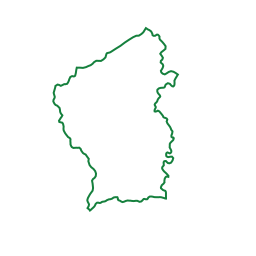 the district of Baranovichy, Brest, Belarus, rotated 322°
{"feature_id": "67162791B97838850570601", "entity_name": "Baranovichy", "entity_type": "district", "adm_level": 2, "iso_a3": "BLR", "parent_name": "Belarus", "parent_adm1": "Brest", "projection": "orthographic", "projection_center": [25.916, 53.118], "detail": "fine", "context": "isolated", "style": "outline", "palette": "green", "viewbox_px": 256, "rotation_deg": 322, "n_neighbors": 0, "source": "geoboundaries", "source_scale": "gbopen_adm2", "svg_char_len": 4388}
<svg xmlns="http://www.w3.org/2000/svg" viewBox="0 0 256 256"><g transform="rotate(322 128 128)"><path d="M134.2,54.6L132.4,54.2L129.5,52.9L127.3,50.9L124.8,48.9L123.0,50.4L120.7,52.6L119.3,53.7L118.5,54.3L117.1,54.1L115.9,52.7L114.0,52.3L111.8,53.4L110.5,54.3L109.0,55.1L107.3,55.7L105.5,54.9L104.8,54.2L102.8,53.8L101.0,53.4L100.2,51.6L99.2,50.4L96.7,50.2L95.5,51.3L94.0,52.4L91.1,54.5L90.7,55.3L89.5,58.3L88.8,59.0L86.6,60.0L85.5,61.1L85.0,63.5L85.1,65.2L86.0,66.9L86.2,68.4L86.4,70.1L85.5,71.9L84.5,73.5L84.2,74.4L84.0,75.8L84.1,77.6L82.6,78.3L81.1,78.7L78.1,79.8L77.6,81.0L79.5,83.4L79.3,84.9L78.2,87.2L76.6,89.0L75.8,90.4L75.3,93.1L75.2,94.8L75.2,95.3L75.2,98.2L75.9,100.0L75.8,101.4L74.6,102.7L73.9,103.8L72.5,105.7L72.0,107.7L72.0,108.5L72.7,110.1L75.1,111.7L76.1,112.6L77.5,113.5L77.8,115.4L77.3,116.8L77.2,118.0L77.1,120.0L77.6,121.5L78.3,122.8L78.1,126.3L78.1,128.1L76.3,129.8L74.9,133.6L74.9,136.2L75.6,139.1L75.6,141.8L74.7,144.3L72.9,146.1L71.0,146.7L68.9,146.7L67.2,147.4L66.0,149.8L64.7,151.9L63.5,153.8L61.5,155.6L57.9,156.6L56.3,157.2L53.3,158.5L51.5,159.8L50.9,161.2L50.6,162.8L50.3,164.2L48.8,165.4L46.8,166.2L47.3,168.6L47.2,169.6L48.4,169.6L50.2,169.4L50.8,169.4L52.8,169.2L53.6,169.0L54.7,168.5L55.8,167.9L57.6,167.8L58.5,168.4L59.2,169.4L60.3,170.1L61.9,170.2L62.9,170.6L63.8,171.2L65.2,171.8L67.0,171.9L69.1,172.5L70.3,173.3L72.1,173.9L73.8,173.9L75.2,174.6L75.9,175.1L77.0,176.0L76.7,177.2L76.1,178.0L76.0,179.0L76.6,179.8L77.1,180.9L77.5,182.1L78.2,183.1L79.7,183.7L81.3,184.1L83.1,184.9L84.0,185.8L85.1,186.7L86.1,187.8L87.5,189.1L89.2,190.1L90.4,191.0L91.0,192.0L91.6,193.2L93.1,194.0L94.3,194.0L95.3,193.8L96.6,193.6L97.3,194.0L98.1,195.1L99.2,195.9L100.2,195.8L101.1,195.3L102.9,195.4L104.4,196.5L105.3,197.5L106.2,198.7L107.4,199.7L109.1,201.1L110.6,202.1L111.7,203.2L112.2,203.9L113.3,205.4L114.0,206.6L114.5,207.0L116.7,204.1L117.9,202.6L118.5,201.6L118.7,200.5L117.9,199.3L117.4,198.4L116.9,195.8L117.5,194.9L118.3,194.5L119.3,193.9L120.6,193.8L121.5,193.8L123.3,193.3L123.9,192.3L124.7,191.5L125.8,190.5L127.4,189.9L128.2,189.9L129.0,190.4L129.7,191.3L130.4,190.6L130.4,189.9L130.3,188.0L130.2,187.3L130.0,185.9L129.8,185.1L129.7,183.8L129.7,182.9L129.8,181.9L129.9,181.1L130.5,180.3L130.9,180.0L131.5,179.8L132.6,179.6L133.3,179.4L133.8,178.6L135.0,176.9L136.2,176.5L137.5,177.3L137.6,178.5L137.9,180.2L138.9,181.3L140.5,181.8L141.6,181.5L143.1,181.0L145.1,179.6L145.0,177.6L143.7,176.7L142.9,176.3L142.1,175.9L141.5,175.4L140.9,174.2L140.9,173.8L141.4,172.8L141.9,172.2L142.5,171.6L143.2,171.4L144.0,171.5L144.6,172.5L144.8,172.8L145.1,173.5L145.5,173.8L146.2,173.9L147.0,173.7L147.5,173.4L148.2,172.4L148.5,171.0L148.7,169.9L148.9,168.9L149.9,167.8L151.1,166.3L152.2,165.8L154.5,165.5L155.8,165.4L156.7,165.1L157.1,164.6L157.8,164.2L157.8,163.4L157.2,163.0L156.8,161.7L157.7,160.5L159.0,159.8L159.9,159.1L161.0,158.0L161.0,157.0L161.0,155.9L161.4,154.9L161.8,153.1L161.9,150.8L161.9,148.7L162.5,146.6L163.4,146.1L164.2,145.5L164.3,144.4L163.7,143.1L163.0,142.3L162.6,141.2L163.0,139.8L163.0,137.2L162.9,134.2L162.2,132.7L160.9,132.5L159.6,131.9L159.2,131.3L159.8,130.4L160.9,129.7L161.9,129.3L162.8,128.6L163.0,127.6L163.1,126.7L163.5,125.9L164.6,125.4L166.2,125.3L167.5,124.9L169.0,123.9L170.6,123.4L172.1,123.3L172.9,122.9L173.2,121.9L173.1,120.3L173.1,118.8L173.4,117.7L173.8,116.9L174.8,115.9L176.7,115.8L178.3,116.4L179.1,116.9L180.2,117.7L180.8,118.1L181.7,118.4L182.4,118.2L183.8,117.3L184.5,117.0L186.9,117.2L187.5,117.9L188.2,119.1L188.2,120.1L188.3,121.2L188.6,122.4L189.2,123.1L190.0,123.1L190.8,122.8L191.7,122.0L192.9,120.5L193.7,119.3L195.7,118.3L198.6,117.2L200.2,116.6L199.4,114.0L198.5,111.7L196.9,109.7L194.6,108.9L191.9,108.7L190.0,108.4L188.8,106.6L188.5,104.7L189.1,103.2L191.6,102.3L192.6,101.8L194.0,100.8L194.6,99.3L194.1,96.5L195.3,95.3L197.1,95.2L198.7,94.2L199.0,92.3L199.1,89.4L200.9,88.8L204.3,88.8L206.2,88.7L208.0,86.7L208.1,83.9L208.0,81.2L207.6,78.0L208.0,76.6L209.1,75.4L209.2,74.3L209.0,72.9L208.3,72.2L206.1,72.0L204.9,71.1L204.5,70.0L205.2,68.7L205.7,66.2L205.1,64.0L204.3,62.5L203.6,60.3L199.0,62.0L196.5,62.2L193.4,61.9L191.3,60.4L187.9,59.6L183.2,59.1L178.2,58.7L172.6,58.6L167.2,58.0L161.5,57.5L160.2,57.3L157.6,56.1L156.7,56.3L154.9,57.6L153.7,58.5L150.9,58.8L148.0,58.5L146.2,57.0L144.4,55.5L141.8,55.2L139.6,55.6L137.2,55.5L135.0,54.8L134.2,54.6Z" fill="none" stroke="#15803d" stroke-width="2"/></g></svg>